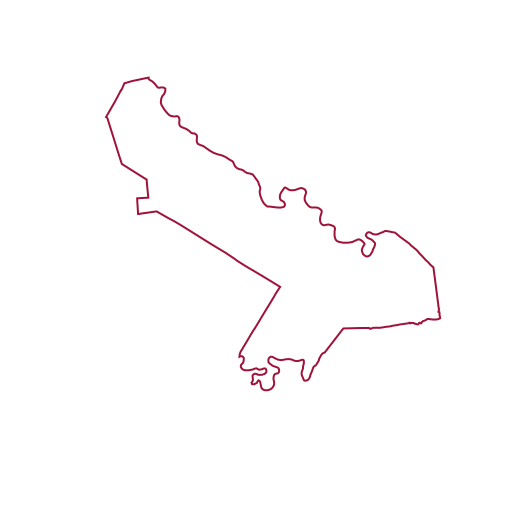 Balta Doamnei, Prahova, Romania, rotated 204°
{"feature_id": "2599482B99497080352243", "entity_name": "Balta Doamnei", "entity_type": "district", "adm_level": 2, "iso_a3": "ROU", "parent_name": "Romania", "parent_adm1": "Prahova", "projection": "orthographic", "projection_center": [26.161, 44.772], "detail": "fine", "context": "isolated", "style": "outline", "palette": "rose", "viewbox_px": 512, "rotation_deg": 204, "n_neighbors": 0, "source": "geoboundaries", "source_scale": "gbopen_adm2", "svg_char_len": 6079}
<svg xmlns="http://www.w3.org/2000/svg" viewBox="0 0 512 512"><g transform="rotate(204 256 256)"><path d="M62.5,274.0L63.1,275.2L63.9,276.1L64.7,277.4L65.0,278.3L65.6,279.3L66.6,279.2L67.1,281.9L67.9,282.7L79.4,301.6L89.4,317.9L90.6,318.1L93.3,319.0L96.6,320.5L99.2,321.3L104.2,323.5L108.8,325.3L108.9,325.5L110.0,326.1L112.5,327.0L119.0,328.8L121.0,329.7L131.8,332.0L134.4,332.7L135.8,333.2L138.6,333.9L140.8,333.3L143.8,332.7L147.3,331.8L148.5,331.1L149.6,329.6L151.3,328.0L153.1,326.0L154.3,324.9L155.4,324.3L157.4,323.7L158.6,323.6L161.2,323.9L162.1,323.8L162.9,323.4L163.7,322.6L164.1,321.7L164.2,319.7L163.3,318.8L161.8,318.1L160.0,317.9L158.4,318.0L156.7,317.9L153.5,316.7L152.6,316.1L152.0,315.4L151.8,314.3L151.6,311.8L151.8,310.2L151.5,307.4L152.0,303.6L152.3,302.9L153.5,301.3L154.2,300.8L155.1,300.5L156.7,300.6L158.8,301.2L159.4,301.6L160.4,302.7L161.3,303.6L161.9,305.0L162.1,307.5L161.6,310.9L162.0,311.5L164.5,312.7L166.9,313.2L168.3,313.2L169.7,312.5L173.6,308.1L174.8,307.2L176.8,305.9L179.7,304.5L182.0,303.5L186.4,302.6L188.0,302.6L189.4,303.1L190.7,304.1L192.4,306.3L192.9,307.4L194.2,310.4L195.0,313.3L196.0,314.3L196.9,314.7L198.3,314.8L200.1,314.7L202.8,314.2L204.9,312.8L206.0,311.9L207.4,311.5L208.8,311.7L210.3,312.5L211.2,313.5L212.2,315.0L212.9,316.8L213.3,318.4L213.6,321.5L213.9,322.8L214.4,324.0L215.6,324.6L217.3,325.1L219.2,325.2L221.3,324.6L224.7,323.0L226.7,322.7L228.9,323.3L232.0,325.0L234.0,326.6L235.2,328.7L235.7,331.2L235.8,333.2L236.3,334.9L238.0,336.5L239.2,336.7L240.4,336.8L241.6,336.7L242.9,336.2L247.4,332.0L249.4,330.9L250.9,330.2L252.7,329.9L256.7,330.5L257.6,330.2L257.9,329.5L258.1,328.2L258.6,326.0L259.0,322.6L258.5,320.2L257.4,318.1L256.2,317.2L252.6,316.8L251.0,315.5L250.4,314.6L250.2,313.4L250.5,312.4L251.3,311.6L252.6,310.6L254.4,309.7L257.9,308.4L262.8,307.0L265.6,305.9L266.3,305.9L269.1,306.8L270.9,307.7L273.5,309.7L276.4,312.7L277.9,314.6L278.9,316.4L279.5,319.5L280.5,320.8L282.8,322.9L284.0,324.5L290.0,328.0L292.3,329.2L295.0,328.9L297.5,328.2L300.4,328.4L302.2,329.0L304.6,329.0L306.0,328.6L309.0,328.5L311.8,329.5L315.0,332.4L316.2,333.0L318.9,333.2L323.7,334.0L326.7,334.1L328.2,334.0L332.5,333.3L336.6,333.0L341.4,333.5L347.9,334.8L349.4,335.0L350.7,334.8L353.1,334.7L354.6,334.8L356.1,335.8L356.6,336.4L357.2,337.6L357.9,339.5L358.4,341.0L359.2,342.2L360.1,342.6L361.6,342.9L362.4,342.9L363.5,342.3L365.3,342.2L367.9,343.1L371.3,343.7L376.6,343.5L378.2,343.9L379.3,344.7L380.3,346.3L381.2,349.1L381.6,349.8L382.3,350.7L383.0,351.3L383.9,351.7L384.7,351.7L385.4,351.5L386.7,350.5L387.5,350.2L388.8,349.8L391.0,349.3L392.8,349.5L394.9,350.3L398.8,352.2L402.6,354.7L403.9,355.7L405.3,357.3L406.4,360.6L406.6,362.1L406.7,363.1L406.5,364.5L405.8,366.7L405.9,369.4L406.2,370.4L406.9,372.0L408.0,372.3L409.2,372.2L411.1,371.5L412.7,370.4L414.0,370.0L415.0,370.3L417.8,371.8L419.6,372.6L422.2,373.4L424.6,373.6L425.8,374.0L426.6,374.7L426.7,375.2L428.1,374.3L440.5,365.3L446.5,360.2L446.4,354.4L446.6,352.3L446.8,352.3L447.6,340.1L449.5,322.0L448.9,322.0L448.2,321.7L447.2,320.8L422.2,292.4L416.0,285.5L387.0,281.3L384.6,276.9L378.1,265.5L388.0,260.4L387.6,259.4L380.8,246.4L365.0,256.3L351.9,255.0L343.8,254.4L335.5,253.4L301.6,248.6L292.0,247.4L285.4,246.6L275.4,244.9L272.5,244.3L271.5,244.0L261.1,242.5L239.6,240.0L221.4,237.6L222.6,230.3L223.3,223.7L226.0,202.8L226.1,201.8L227.7,188.9L228.0,188.0L228.8,181.7L229.3,177.2L231.0,163.2L231.1,161.9L231.0,160.3L230.5,158.2L230.3,157.7L230.1,157.2L229.7,157.7L229.1,158.3L228.4,158.6L227.8,158.7L226.6,158.5L226.1,158.2L225.6,157.7L225.1,156.6L224.6,154.8L224.4,154.0L224.4,153.2L224.5,152.7L224.7,152.2L225.0,151.8L225.2,151.2L225.3,150.4L225.2,149.7L225.0,148.9L224.5,148.3L223.7,147.7L222.9,147.3L221.9,147.0L220.9,147.0L219.8,147.1L217.9,147.8L215.9,148.8L212.8,151.0L211.2,152.7L209.8,153.6L208.3,153.4L206.8,153.4L204.5,154.9L203.9,155.7L203.2,156.3L202.2,156.9L201.4,157.0L200.7,156.5L200.0,155.7L199.6,155.0L199.3,153.7L200.0,152.4L200.2,151.7L202.3,149.9L204.3,148.9L206.0,148.3L207.5,148.5L209.3,147.9L210.3,146.5L210.5,145.4L210.0,144.3L208.5,141.8L208.2,140.1L208.6,138.5L207.4,137.3L205.5,138.1L203.6,140.4L203.5,142.6L203.1,143.4L201.9,143.3L201.0,142.7L200.2,141.6L199.7,140.8L197.6,138.0L196.4,137.2L195.5,137.0L193.9,136.8L191.6,137.7L190.5,138.3L189.0,139.7L188.2,140.7L187.5,142.2L187.1,144.6L187.3,146.3L188.0,148.0L189.6,150.1L190.4,151.7L190.8,153.1L191.0,154.5L190.8,155.6L190.3,156.3L188.4,157.7L188.1,158.2L187.9,158.9L187.9,159.5L188.2,160.6L188.8,161.7L189.6,162.5L190.2,162.8L191.0,162.9L195.5,162.5L197.3,162.7L200.8,163.7L201.5,164.2L202.4,166.0L202.6,166.7L202.6,167.5L202.5,168.5L202.2,169.2L201.8,169.7L201.3,170.1L200.4,170.4L199.5,170.5L196.8,170.3L194.3,170.2L191.1,170.9L189.5,171.8L187.6,173.2L184.6,175.0L181.2,176.0L179.4,175.9L177.6,176.1L176.8,176.3L175.5,176.8L174.0,177.8L172.4,179.3L171.3,180.2L170.6,180.3L170.2,180.2L169.6,179.6L169.0,178.3L168.5,176.9L168.2,174.6L167.3,172.2L167.0,168.4L166.3,166.8L165.8,165.9L162.6,162.9L161.8,162.1L161.4,162.0L160.6,162.0L159.7,162.4L158.7,163.3L157.9,164.5L157.7,165.1L157.6,166.3L157.6,167.2L157.9,169.0L158.0,173.4L158.3,176.8L158.3,178.0L158.1,178.6L157.5,179.7L157.0,180.3L156.7,181.2L156.5,182.8L156.3,184.7L156.1,186.0L156.5,188.0L156.1,192.3L155.7,193.6L155.2,194.6L154.4,195.4L154.0,195.6L146.9,224.8L146.8,225.1L146.6,225.4L134.4,231.2L132.6,232.1L130.7,232.9L129.8,233.4L127.0,234.6L126.2,235.0L124.3,235.8L123.6,236.2L123.3,236.2L122.6,235.9L122.0,235.9L121.3,236.7L120.6,237.0L120.4,237.3L120.2,237.7L119.9,238.0L117.6,239.0L116.2,239.8L115.5,239.9L112.8,241.3L107.9,244.5L105.1,246.1L103.7,247.2L102.6,248.0L99.6,249.9L95.6,252.7L95.0,253.0L89.3,256.6L88.8,257.1L88.2,257.2L88.4,257.5L87.1,257.9L84.8,258.9L84.2,258.7L83.3,258.7L83.0,259.0L81.1,259.1L80.4,259.3L80.1,259.5L79.9,259.8L79.8,261.0L79.6,261.4L79.2,261.6L78.9,261.5L78.0,261.5L77.8,261.6L77.7,262.1L77.6,263.1L77.2,263.8L76.9,264.5L76.5,264.8L75.6,265.6L74.5,267.0L73.9,268.1L72.6,268.7L68.5,269.9L66.1,271.0L65.3,271.4L63.6,272.7L62.5,274.0Z" fill="none" stroke="#9f1239" stroke-width="2"/></g></svg>